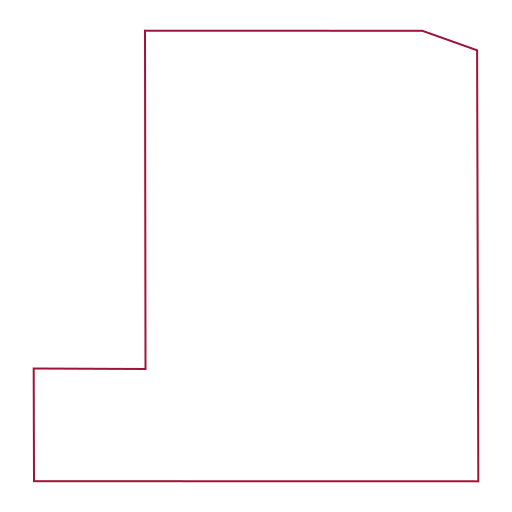 outline of Gosper, Nebraska, United States of America
{"feature_id": "52423323B47226627023047", "entity_name": "Gosper", "entity_type": "district", "adm_level": 2, "iso_a3": "USA", "parent_name": "United States of America", "parent_adm1": "Nebraska", "projection": "mercator", "projection_center": [-99.89, 40.526], "detail": "fine", "context": "isolated", "style": "outline", "palette": "rose", "viewbox_px": 512, "rotation_deg": 0, "n_neighbors": 0, "source": "geoboundaries", "source_scale": "gbopen_adm2", "svg_char_len": 217}
<svg xmlns="http://www.w3.org/2000/svg" viewBox="0 0 512 512"><path d="M145.0,30.7L145.5,369.0L33.7,368.5L34.0,481.2L478.3,481.3L477.1,50.3L422.3,30.8L145.0,30.7Z" fill="none" stroke="#9f1239" stroke-width="2"/></svg>